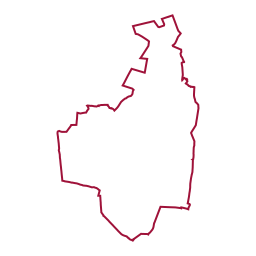 Renswoude, Utrecht, Netherlands (Mercator projection)
{"feature_id": "6326949B98381179699630", "entity_name": "Renswoude", "entity_type": "district", "adm_level": 2, "iso_a3": "NLD", "parent_name": "Netherlands", "parent_adm1": "Utrecht", "projection": "mercator", "projection_center": [5.531, 52.072], "detail": "fine", "context": "isolated", "style": "outline", "palette": "rose", "viewbox_px": 256, "rotation_deg": 0, "n_neighbors": 0, "source": "geoboundaries", "source_scale": "gbopen_adm2", "svg_char_len": 5500}
<svg xmlns="http://www.w3.org/2000/svg" viewBox="0 0 256 256"><path d="M133.0,26.1L135.7,33.9L137.4,34.2L137.9,34.3L138.1,34.4L138.7,34.7L142.2,36.7L147.8,40.4L148.1,40.7L149.0,41.4L148.5,45.2L148.5,45.4L148.4,45.9L148.3,46.1L145.8,50.0L141.6,56.5L140.4,58.2L147.2,58.9L146.7,61.6L145.0,71.3L144.7,72.7L131.6,68.8L130.6,70.8L130.4,71.0L128.3,74.9L127.5,76.4L124.0,83.2L122.7,85.5L125.4,86.4L130.4,88.0L132.0,88.5L132.5,88.8L133.6,89.9L133.1,90.6L132.9,91.1L132.8,91.5L132.6,92.9L132.5,93.4L132.5,93.7L132.4,94.0L132.2,94.4L131.5,95.3L131.3,95.6L130.8,96.0L129.9,96.2L128.7,96.5L127.2,97.3L126.7,97.8L126.1,98.3L125.2,98.5L123.3,99.9L121.1,101.9L118.3,106.3L117.4,107.5L116.4,108.6L114.4,110.6L114.1,110.2L113.8,109.7L113.5,109.4L113.3,109.2L112.9,108.9L111.8,108.3L111.5,108.1L111.4,108.1L111.1,108.5L110.1,108.0L109.5,108.0L109.1,107.3L109.0,107.1L108.8,106.7L108.5,106.3L107.9,105.8L107.9,105.6L107.7,105.5L107.6,105.2L107.6,104.9L104.1,104.9L102.3,105.0L101.2,105.0L99.9,105.3L99.2,105.5L98.8,105.6L98.6,105.6L98.6,106.0L98.1,105.9L98.0,105.7L97.6,106.0L97.1,106.3L96.5,106.5L96.1,106.5L95.2,106.3L94.4,106.3L92.3,105.9L91.4,105.8L91.1,105.9L90.8,105.9L87.6,105.5L87.1,105.7L87.8,106.7L88.4,108.0L88.5,108.2L88.5,108.5L88.5,108.9L88.4,109.1L88.2,109.3L88.1,109.5L87.3,110.4L86.9,111.2L86.1,112.6L85.2,112.6L82.8,113.0L80.4,113.5L79.5,113.3L77.4,112.8L77.3,113.5L77.0,118.7L76.8,120.3L76.5,123.7L76.4,124.9L71.2,125.0L71.0,125.5L70.6,126.2L70.3,126.6L69.7,127.5L69.4,127.8L66.5,131.8L62.7,131.9L62.3,131.9L61.6,131.8L60.8,131.6L59.7,131.2L58.7,130.7L58.8,130.8L58.6,130.9L57.7,131.7L57.5,132.9L57.5,133.6L57.9,136.4L58.0,136.9L58.0,137.7L58.3,139.8L58.4,140.9L58.7,143.3L58.9,145.8L59.1,148.2L59.1,148.6L59.1,148.8L58.8,150.1L58.8,150.3L59.3,152.3L59.7,154.3L59.8,154.9L59.8,156.0L59.9,156.9L59.9,157.9L60.1,158.9L60.3,160.7L60.5,162.9L60.7,164.9L61.0,167.3L61.1,168.6L61.4,171.1L61.7,174.4L62.2,179.0L62.3,180.7L64.3,181.1L65.0,181.4L65.3,181.4L68.6,181.9L69.6,182.1L72.0,182.7L72.6,182.6L72.8,182.7L74.8,183.1L76.8,183.4L79.0,184.1L79.6,184.4L80.0,184.5L80.5,184.7L81.6,184.9L82.3,185.1L82.7,185.3L82.9,185.4L83.1,185.5L83.6,185.5L85.1,185.7L86.6,185.8L87.6,186.1L88.3,186.2L91.8,187.3L92.3,187.3L93.5,187.2L94.1,187.2L95.2,187.7L96.0,187.9L96.5,188.0L97.9,189.0L98.3,189.3L98.7,189.7L98.9,189.9L99.7,190.4L98.3,195.7L100.2,195.8L100.2,196.0L100.4,198.0L100.4,199.0L100.5,200.0L100.6,201.5L100.7,202.3L100.7,203.0L100.8,205.2L100.9,206.3L101.3,211.5L101.3,212.3L102.2,213.6L103.5,215.4L103.5,215.5L103.4,215.8L104.0,216.2L104.5,216.6L106.3,218.4L108.4,220.5L108.8,221.0L109.5,221.8L112.0,224.4L113.0,225.4L113.4,225.9L117.3,230.0L118.1,230.9L121.4,234.2L122.2,234.7L123.1,235.2L124.7,235.8L126.7,236.4L127.0,236.7L127.0,236.8L128.0,237.6L128.5,238.0L128.4,238.1L129.5,239.0L130.0,239.4L130.6,239.7L131.5,239.9L132.2,240.3L132.8,240.6L133.6,239.6L133.2,239.4L133.3,239.2L134.0,238.9L141.1,233.8L141.7,233.9L145.4,234.0L147.2,234.0L148.3,234.5L148.8,233.4L149.3,233.1L149.7,232.8L150.1,232.4L152.3,229.7L152.7,229.0L153.0,228.5L153.1,228.1L153.3,227.6L153.5,226.9L154.1,223.2L154.4,222.8L160.5,206.8L169.5,207.2L175.3,207.4L177.7,207.7L180.6,208.1L181.2,208.3L181.3,207.4L182.3,207.6L186.4,208.6L186.6,208.7L188.3,209.3L188.4,208.7L188.3,208.3L188.5,207.8L189.8,205.2L189.9,204.8L189.9,204.7L189.7,204.2L189.4,204.0L189.2,203.9L187.7,203.4L187.9,202.5L188.9,197.1L189.2,194.9L189.4,193.2L189.8,190.9L189.9,189.8L190.1,188.4L190.2,187.3L190.2,185.5L190.3,183.5L191.0,178.5L191.5,175.9L191.6,175.4L191.7,174.7L191.9,174.2L192.0,173.8L192.1,173.3L192.4,172.1L192.6,168.8L192.7,167.5L192.9,159.6L192.7,159.5L192.9,159.4L193.2,159.2L193.3,158.4L193.5,157.3L193.6,155.4L193.6,154.3L193.5,154.0L193.6,151.4L193.6,150.4L193.7,148.8L193.7,148.0L193.9,146.8L194.1,146.1L194.3,145.5L194.3,144.9L194.3,143.8L194.3,143.5L194.4,141.6L194.4,141.2L192.6,136.8L192.1,135.7L191.7,134.5L191.1,133.0L191.1,132.8L192.1,131.1L194.4,127.5L195.8,125.2L196.6,120.1L196.9,118.5L197.2,116.5L198.0,111.4L198.5,108.1L198.5,107.9L198.4,107.6L198.4,107.4L198.3,105.7L198.3,105.0L198.2,104.8L198.1,104.6L197.5,103.9L196.6,102.9L196.3,102.6L195.7,102.3L195.6,102.0L195.4,101.6L195.1,100.2L195.0,99.7L194.7,98.6L194.5,98.2L194.3,97.4L194.1,96.4L194.0,95.6L194.0,93.8L194.1,92.4L194.1,91.6L194.2,90.8L194.2,89.9L194.4,87.2L193.8,86.9L193.2,87.0L192.7,87.0L191.9,86.7L191.5,86.7L190.9,87.0L190.5,86.8L190.2,86.5L190.1,86.3L190.0,86.2L189.9,86.1L189.4,86.1L189.0,86.0L188.7,85.9L188.5,85.7L188.3,85.3L187.9,85.0L187.6,84.8L187.5,84.5L187.1,84.3L186.6,84.1L185.8,83.5L187.2,81.6L187.3,81.4L187.4,81.2L187.3,80.9L187.2,80.8L186.6,80.2L186.9,79.4L187.0,79.3L186.9,79.2L186.8,78.9L186.7,78.8L185.5,79.0L184.8,78.2L184.6,78.1L184.3,77.9L184.1,77.9L183.9,77.9L183.8,78.0L182.5,79.9L182.2,80.2L182.1,79.8L182.7,75.6L182.8,75.4L182.8,74.9L182.8,74.6L182.3,67.2L181.7,63.8L181.7,62.9L183.0,62.1L183.9,62.2L184.1,62.1L184.1,61.8L183.7,61.3L183.0,59.7L182.7,58.9L182.0,57.3L181.6,56.8L181.2,56.5L181.1,56.2L180.7,54.5L180.6,54.1L180.5,53.7L180.7,53.2L180.9,52.8L181.1,52.5L181.2,52.3L181.3,52.0L181.3,51.6L181.2,50.6L181.1,50.3L181.1,50.0L181.1,49.6L180.0,49.2L173.0,46.2L172.7,45.4L173.7,44.7L174.2,44.3L175.1,43.3L175.6,42.4L176.4,40.7L178.0,36.9L179.4,35.2L180.4,33.9L180.7,33.4L178.6,31.1L178.3,30.8L178.2,30.6L178.0,30.0L177.6,29.1L175.1,22.3L172.9,16.4L172.5,15.4L161.9,18.9L164.2,24.2L164.0,25.5L159.2,27.2L158.2,26.9L154.0,21.1L151.3,21.7L149.5,22.2L148.5,22.4L145.5,23.1L133.0,26.1Z" fill="none" stroke="#9f1239" stroke-width="2"/></svg>